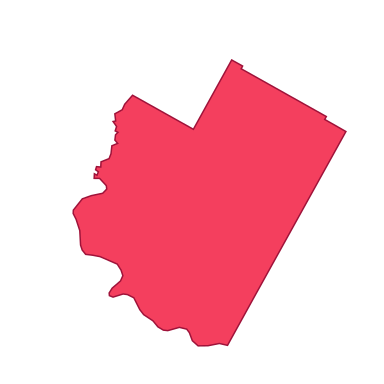 outline of Dewey, South Dakota, United States of America, rotated 119°
{"feature_id": "52423323B50673090561410", "entity_name": "Dewey", "entity_type": "district", "adm_level": 2, "iso_a3": "USA", "parent_name": "United States of America", "parent_adm1": "South Dakota", "projection": "equal_earth", "projection_center": [-100.659, 45.099], "detail": "fine", "context": "isolated", "style": "filled", "palette": "rose", "viewbox_px": 384, "rotation_deg": 119, "n_neighbors": 0, "source": "geoboundaries", "source_scale": "gbopen_adm2", "svg_char_len": 1025}
<svg xmlns="http://www.w3.org/2000/svg" viewBox="0 0 384 384"><g transform="rotate(119 192 192)"><path d="M326.7,150.1L325.0,146.0L316.5,137.4L314.5,130.1L316.3,126.1L321.9,119.6L323.6,112.1L318.7,103.5L311.2,94.6L308.9,86.6L250.6,86.7L64.5,86.7L64.2,111.1L60.9,111.1L60.4,208.7L57.3,208.8L57.3,221.3L136.5,221.2L136.2,290.9L147.8,293.4L153.9,292.9L161.0,297.4L166.9,293.2L168.6,295.2L171.3,289.7L175.8,288.8L175.7,285.7L179.1,286.6L184.0,284.6L185.5,280.6L190.4,284.5L197.8,281.4L203.0,280.7L209.7,286.2L214.4,283.9L216.1,287.8L219.3,287.1L219.7,283.7L223.4,283.2L223.4,286.2L227.5,284.2L224.9,279.4L228.0,270.0L230.8,268.0L236.4,269.5L244.0,278.3L251.1,284.6L265.4,287.0L268.4,285.5L272.1,280.1L280.2,271.4L292.5,263.7L296.0,259.9L298.1,254.8L295.5,248.4L293.1,241.1L291.3,222.4L294.7,216.2L298.7,211.9L304.5,211.4L314.8,215.2L320.5,215.5L322.7,214.0L322.2,210.1L314.6,202.8L313.0,198.7L312.7,191.6L320.2,180.6L322.7,174.8L323.6,163.7L326.5,156.4L326.7,150.1Z" fill="#f43f5e" stroke="#9f1239" stroke-width="1.5"/></g></svg>